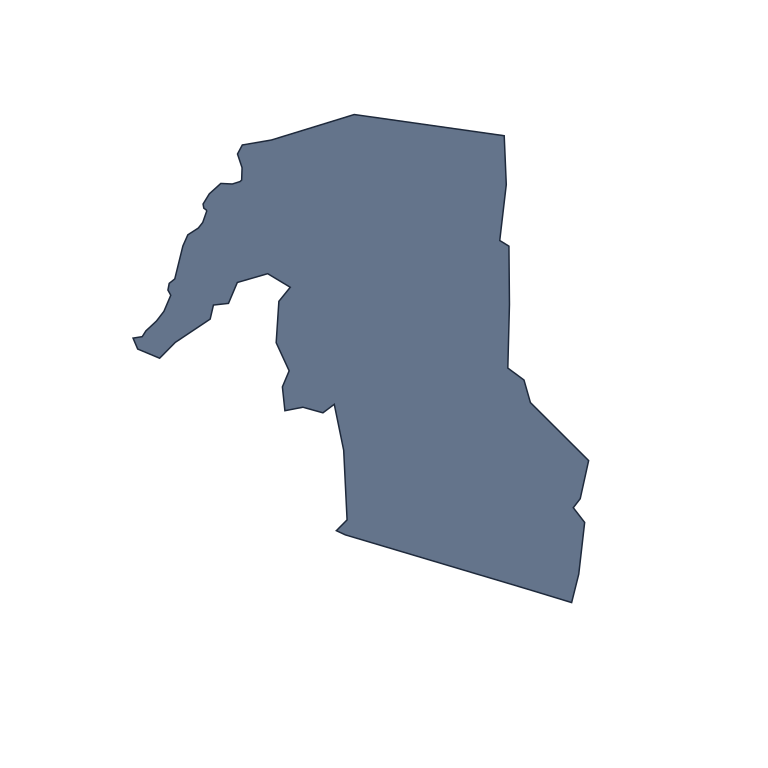 the district of Grant, West Virginia, United States of America, rotated 336°
{"feature_id": "52423323B78270191990376", "entity_name": "Grant", "entity_type": "district", "adm_level": 2, "iso_a3": "USA", "parent_name": "United States of America", "parent_adm1": "West Virginia", "projection": "mercator", "projection_center": [-79.285, 39.071], "detail": "fine", "context": "isolated", "style": "filled", "palette": "slate", "viewbox_px": 768, "rotation_deg": 336, "n_neighbors": 0, "source": "geoboundaries", "source_scale": "gbopen_adm2", "svg_char_len": 939}
<svg xmlns="http://www.w3.org/2000/svg" viewBox="0 0 768 768"><g transform="rotate(336 384 384)"><path d="M466.5,660.0L484.6,636.9L511.0,592.1L506.6,574.0L516.6,568.6L539.8,537.2L510.2,460.5L513.5,437.3L503.6,419.8L530.9,362.5L554.2,308.9L548.1,300.0L576.8,251.6L594.8,206.1L466.4,125.7L380.4,115.3L351.8,108.0L343.7,114.3L342.3,128.7L336.9,139.8L334.8,140.5L326.8,139.6L316.5,134.4L301.8,139.2L291.9,146.0L290.9,150.1L292.5,152.9L292.3,154.0L284.1,162.7L277.8,166.0L265.5,167.9L256.4,176.1L235.6,202.9L228.7,204.7L224.8,210.3L225.3,216.2L212.5,228.1L201.8,233.9L188.1,238.6L182.4,242.4L173.4,240.0L173.2,251.9L189.5,269.2L210.2,261.1L251.6,254.0L260.3,242.5L274.7,247.1L291.3,231.6L322.6,235.9L337.7,257.5L321.6,265.7L302.3,302.4L302.7,333.4L290.0,345.3L282.6,368.1L300.4,372.2L316.5,385.5L330.3,382.3L320.2,428.2L295.0,493.1L280.8,498.6L287.3,506.1L430.3,628.6L466.5,660.0Z" fill="#64748b" stroke="#1e293b" stroke-width="1.5"/></g></svg>